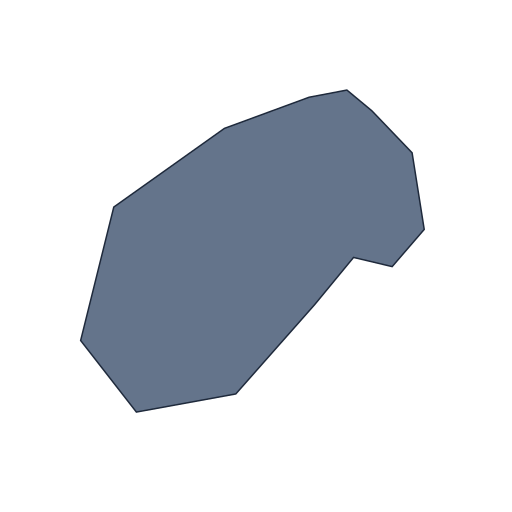 an SVG outline of Stepanakert, rotated 19°
{"feature_id": "AZE-4838", "entity_name": "Stepanakert", "entity_type": "District", "adm_level": 1, "iso_a3": "AZE", "parent_name": "Azerbaijan", "parent_adm1": "", "projection": "natural_earth1", "projection_center": [46.777, 39.832], "detail": "fine", "context": "isolated", "style": "filled", "palette": "slate", "viewbox_px": 512, "rotation_deg": 19, "n_neighbors": 0, "source": "natural_earth", "source_scale": "10m", "svg_char_len": 334}
<svg xmlns="http://www.w3.org/2000/svg" viewBox="0 0 512 512"><g transform="rotate(19 256 256)"><path d="M287.9,69.5L318.3,81.0L370.0,107.6L406.4,176.1L388.2,221.7L348.7,225.6L327.4,282.6L281.8,393.0L193.7,442.5L117.7,393.0L105.6,256.0L184.6,145.6L254.5,88.6L287.9,69.5Z" fill="#64748b" stroke="#1e293b" stroke-width="1.5"/></g></svg>